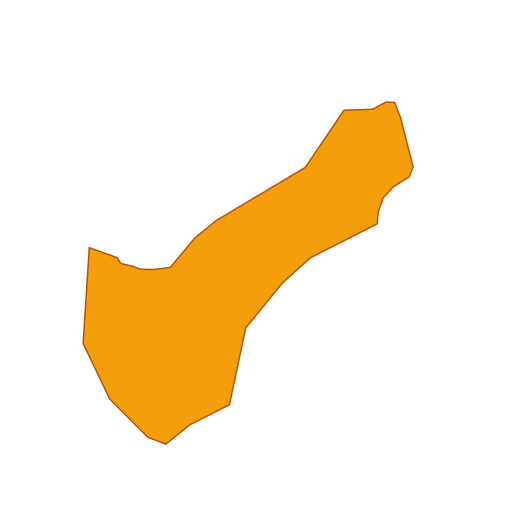 outline of Škofljica, rotated 234°
{"feature_id": "SVN-990", "entity_name": "Škofljica", "entity_type": "Municipality", "adm_level": 1, "iso_a3": "SVN", "parent_name": "Slovenia", "parent_adm1": "", "projection": "equal_earth", "projection_center": [14.578, 45.957], "detail": "fine", "context": "isolated", "style": "filled", "palette": "amber", "viewbox_px": 512, "rotation_deg": 234, "n_neighbors": 0, "source": "natural_earth", "source_scale": "10m", "svg_char_len": 539}
<svg xmlns="http://www.w3.org/2000/svg" viewBox="0 0 512 512"><g transform="rotate(234 256 256)"><path d="M322.2,412.9L306.2,436.5L304.2,451.6L298.7,458.4L282.6,454.1L235.6,435.4L230.1,426.4L231.3,407.8L228.2,392.8L219.9,381.0L210.8,372.8L222.6,299.2L218.7,261.7L203.8,205.3L151.3,147.1L158.4,103.0L156.8,72.5L172.9,61.9L226.2,53.6L286.9,64.8L360.7,126.0L336.3,142.7L329.6,142.1L320.6,149.8L313.2,154.7L305.4,165.0L297.1,180.0L306.5,216.9L308.1,244.7L298.7,347.9L322.2,412.9Z" fill="#f59e0b" stroke="#b45309" stroke-width="1.5"/></g></svg>